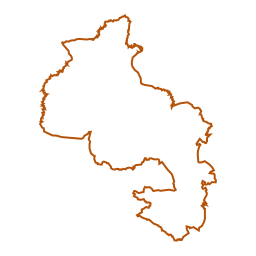 the district of Fao Rai, Nong Khai, Thailand
{"feature_id": "78962969B41477512763413", "entity_name": "Fao Rai", "entity_type": "district", "adm_level": 2, "iso_a3": "THA", "parent_name": "Thailand", "parent_adm1": "Nong Khai", "projection": "albers", "projection_center": [103.294, 18.001], "detail": "fine", "context": "isolated", "style": "outline", "palette": "amber", "viewbox_px": 256, "rotation_deg": 0, "n_neighbors": 0, "source": "geoboundaries", "source_scale": "gbopen_adm2", "svg_char_len": 5749}
<svg xmlns="http://www.w3.org/2000/svg" viewBox="0 0 256 256"><path d="M206.2,203.3L203.9,200.2L206.7,194.8L206.8,192.9L205.7,190.9L206.6,190.0L205.6,187.8L203.2,188.9L202.3,187.9L202.1,187.0L203.4,184.7L201.9,183.5L202.7,181.0L205.1,182.4L204.7,184.0L205.3,184.6L207.5,184.3L208.2,183.1L209.5,184.2L212.0,182.1L215.7,182.3L215.9,180.1L214.7,178.6L214.7,175.2L214.1,173.8L209.7,173.2L210.6,171.8L213.9,170.4L212.2,167.3L209.1,164.2L204.7,161.2L201.7,162.4L198.9,162.4L198.3,161.8L197.7,154.3L198.0,150.8L199.2,146.7L200.4,144.8L199.6,144.0L197.0,145.0L196.5,143.8L199.8,138.8L202.7,141.9L204.3,142.0L205.2,143.1L206.0,143.0L207.0,141.3L207.0,137.9L210.2,134.6L207.9,134.9L207.4,133.9L206.5,135.1L205.8,134.8L206.2,133.6L207.3,132.9L207.4,131.5L208.1,131.2L208.3,128.7L209.5,128.4L209.2,127.6L211.8,126.1L211.0,125.0L211.2,123.9L208.4,123.4L206.5,122.0L203.5,121.1L203.0,120.0L203.2,118.9L202.5,118.9L201.3,114.9L200.7,114.2L199.8,114.3L201.2,111.1L199.6,108.6L197.8,107.6L195.0,108.4L192.5,106.5L192.1,105.0L187.5,102.3L179.9,103.4L172.4,106.2L171.7,107.5L171.3,105.4L172.5,103.8L173.8,103.6L172.9,102.2L174.0,101.4L172.8,100.2L172.8,99.5L172.2,99.7L171.8,98.2L172.2,97.4L171.4,97.5L171.8,96.9L171.0,96.6L171.2,95.0L170.6,94.2L169.4,94.5L170.2,93.5L169.0,93.1L169.6,92.6L169.4,91.6L168.4,91.8L167.9,91.0L167.5,91.7L166.0,90.4L164.6,90.5L164.5,89.8L163.5,89.4L161.9,90.3L161.1,89.0L158.9,88.6L158.4,88.0L158.1,88.4L157.7,87.8L155.5,88.6L152.0,86.1L145.2,85.0L142.4,84.2L141.0,83.0L140.7,78.3L137.9,72.4L134.9,70.1L132.7,67.0L131.9,64.9L131.8,62.0L132.7,57.5L136.8,53.9L136.8,53.3L138.4,52.7L138.2,52.1L138.6,52.4L140.6,51.7L141.2,51.2L141.0,50.7L142.1,50.4L142.3,48.1L141.5,47.3L141.5,48.6L140.5,48.2L140.2,48.8L139.7,48.2L140.1,47.5L139.2,47.2L139.6,46.8L138.7,45.9L135.0,44.9L134.8,44.0L134.3,44.0L134.2,45.0L135.2,45.8L134.4,45.8L134.1,46.7L133.4,46.6L132.2,47.9L131.6,47.6L132.0,46.8L131.5,45.5L130.0,46.9L129.3,46.6L128.6,47.2L128.6,45.7L127.9,45.7L127.1,43.6L126.1,43.8L126.1,42.9L126.8,42.8L126.4,41.2L127.1,40.8L126.8,38.7L127.6,37.9L127.7,35.7L128.9,34.3L127.9,31.9L128.6,30.8L128.2,30.1L128.9,29.6L129.4,23.6L130.5,21.6L129.5,20.7L128.4,20.9L128.5,18.5L127.5,17.4L125.7,17.0L124.9,15.4L123.3,16.7L121.9,16.7L120.7,17.8L119.7,17.9L118.4,19.8L116.3,20.5L113.9,20.2L113.1,21.5L110.7,20.2L109.8,21.2L109.0,20.6L107.9,21.7L105.4,21.6L104.7,23.5L105.5,24.8L104.7,24.7L104.3,25.3L105.2,26.6L103.5,27.0L103.0,28.6L102.1,28.9L102.0,28.2L101.4,28.7L101.0,28.0L100.9,28.8L100.7,28.1L100.1,28.3L100.4,29.3L99.5,29.3L98.4,30.5L99.1,30.4L99.2,31.4L98.8,31.4L99.0,32.2L98.3,32.9L99.3,34.3L98.3,35.2L98.6,35.6L98.0,35.9L97.9,36.8L97.4,37.2L96.9,36.6L96.9,37.4L95.7,37.2L94.1,38.9L92.4,39.0L92.7,39.7L89.7,39.0L86.8,39.5L78.8,38.9L76.0,39.4L75.1,40.2L71.0,40.5L68.6,41.6L66.1,41.3L64.9,42.5L62.8,42.7L61.9,41.8L63.2,44.8L68.5,50.8L69.1,53.9L71.2,56.0L72.0,58.4L71.6,59.9L67.5,62.1L67.4,63.5L66.5,62.8L66.7,63.5L66.1,63.8L66.9,64.8L66.4,64.6L65.9,65.7L64.0,67.0L63.9,67.9L63.3,67.8L62.6,71.7L62.2,71.9L61.3,70.8L61.1,71.5L60.3,71.6L59.4,70.7L58.9,71.9L58.1,72.0L59.0,72.7L57.7,75.1L57.0,74.6L56.0,75.5L54.4,75.0L52.4,76.1L51.2,75.3L51.3,76.2L50.2,76.5L50.3,77.6L49.6,77.6L49.8,78.7L46.3,80.3L47.0,81.8L44.8,83.1L44.2,85.7L43.5,86.1L43.9,86.4L43.4,88.6L42.1,90.1L43.5,89.6L44.1,90.6L43.1,90.7L43.1,91.3L44.0,93.4L44.9,93.0L45.7,93.9L46.3,93.3L46.1,93.9L47.0,94.1L45.8,94.7L46.3,95.3L45.3,95.8L45.7,96.5L44.0,97.5L44.4,98.5L43.3,98.5L43.1,99.5L44.4,100.4L43.6,100.3L43.0,101.6L42.1,101.9L43.1,103.2L42.4,104.0L43.4,104.0L42.9,104.6L43.2,105.4L42.4,105.8L44.0,106.1L43.7,107.2L44.7,107.6L45.0,108.7L44.0,108.0L43.9,109.2L42.6,109.3L44.2,112.3L43.7,113.0L42.4,112.9L42.9,114.3L43.7,114.2L43.8,114.8L42.6,115.9L42.6,117.8L41.9,117.3L40.9,118.9L41.4,120.1L40.6,121.3L42.0,121.8L40.8,122.4L40.1,124.0L42.3,127.7L43.7,128.2L44.2,131.5L52.3,135.4L56.4,135.6L61.8,137.1L81.7,138.8L83.2,137.9L84.4,135.8L87.9,133.8L89.1,131.9L90.7,131.8L88.7,139.2L90.1,141.8L89.5,144.2L89.6,148.8L91.0,153.4L93.5,155.6L94.7,155.9L94.2,159.0L95.7,162.7L97.7,163.1L97.7,164.1L101.6,164.6L102.7,162.1L103.7,161.6L106.4,162.5L107.0,163.3L108.1,163.1L110.9,166.6L111.0,168.1L112.6,169.2L114.6,169.6L116.4,168.9L118.6,169.0L119.1,169.8L120.7,169.4L121.3,169.9L123.1,168.8L125.8,169.3L126.6,168.2L129.2,167.6L131.1,167.9L132.9,169.6L133.7,168.7L133.1,168.2L133.3,167.2L134.0,167.9L134.6,167.6L134.0,166.1L134.4,166.5L135.3,165.4L136.3,165.1L141.3,164.5L142.4,162.1L143.3,162.0L144.9,158.2L146.3,158.5L146.4,159.9L148.9,159.7L149.4,158.5L151.0,158.3L154.4,159.4L158.3,159.3L159.2,160.1L159.3,163.8L162.0,162.0L167.2,169.1L172.0,174.4L174.2,181.3L173.3,183.5L174.0,184.8L174.0,186.8L175.7,189.8L174.2,190.7L169.0,189.7L160.3,190.8L158.4,190.1L153.3,191.0L151.7,188.7L149.6,187.1L146.7,187.5L145.1,186.9L143.8,189.3L143.6,191.9L138.7,193.1L135.7,191.2L134.2,191.0L133.2,193.4L135.0,194.2L133.9,196.2L137.5,197.8L137.9,199.4L140.9,199.8L143.8,199.1L144.9,201.3L146.1,201.6L146.3,202.5L149.9,202.6L150.6,203.3L150.2,205.8L149.4,205.9L148.7,207.8L146.0,207.0L143.3,209.0L141.7,209.5L142.0,212.1L137.0,215.2L137.8,216.3L139.4,215.7L143.0,218.0L146.9,219.2L147.2,219.9L148.9,219.5L153.5,223.5L158.4,225.5L158.6,226.3L160.4,226.9L161.7,228.5L161.9,230.5L162.9,230.5L165.4,232.1L167.6,234.4L168.9,234.5L169.0,235.1L170.7,234.6L171.5,235.3L171.9,236.5L172.6,236.4L173.1,237.2L174.5,240.3L176.8,240.6L177.4,239.5L178.6,239.8L179.3,239.0L180.1,239.2L180.3,240.0L181.7,240.0L183.4,236.8L188.7,233.1L186.8,229.2L186.6,226.4L189.5,227.1L189.8,228.1L193.6,227.2L198.8,230.5L199.2,227.7L202.1,225.8L204.2,221.5L204.9,218.6L204.9,208.8L203.9,208.6L203.9,207.6L202.0,206.0L204.5,205.1L204.1,204.2L202.9,204.1L203.4,203.0L206.0,204.5L205.4,203.5L206.2,203.3Z" fill="none" stroke="#b45309" stroke-width="2"/></svg>